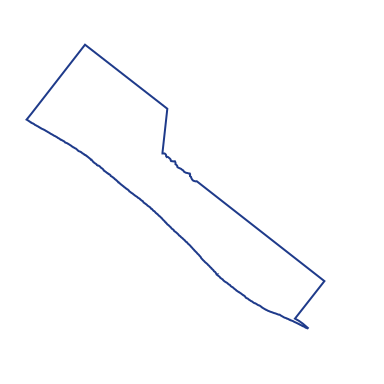 Monte Hermoso, Buenos Aires, Argentina (Albers equal-area conic projection), rotated 38°
{"feature_id": "61730980B48665369642836", "entity_name": "Monte Hermoso", "entity_type": "district", "adm_level": 2, "iso_a3": "ARG", "parent_name": "Argentina", "parent_adm1": "Buenos Aires", "projection": "albers", "projection_center": [-61.254, -38.957], "detail": "fine", "context": "isolated", "style": "outline", "palette": "blue", "viewbox_px": 384, "rotation_deg": 38, "n_neighbors": 0, "source": "geoboundaries", "source_scale": "gbopen_adm2", "svg_char_len": 5951}
<svg xmlns="http://www.w3.org/2000/svg" viewBox="0 0 384 384"><g transform="rotate(38 192 192)"><path d="M17.0,141.8L17.2,228.9L17.1,236.8L17.7,236.7L18.0,236.6L18.8,236.6L19.4,236.5L20.7,236.5L20.9,236.4L22.5,236.4L22.7,236.2L23.1,236.3L23.9,236.1L24.3,235.9L24.9,235.9L26.0,235.7L26.8,235.8L27.4,235.7L28.6,235.4L29.0,235.4L29.8,235.3L30.3,235.1L31.5,235.1L31.9,234.9L32.4,235.0L32.6,234.9L33.6,234.7L34.0,234.8L36.3,234.2L36.6,234.2L37.1,234.0L38.2,233.9L38.4,233.8L39.0,233.8L41.0,233.5L41.5,233.5L42.2,233.3L43.8,233.2L44.2,233.1L45.0,233.1L45.6,232.9L46.4,232.8L47.0,232.7L49.0,232.5L49.6,232.3L49.9,232.2L51.0,232.1L52.0,231.9L52.9,232.0L53.8,231.7L54.4,231.7L55.5,231.6L56.3,231.7L56.6,231.4L56.8,231.4L57.8,231.2L58.2,231.2L58.4,231.1L59.6,231.0L60.1,230.8L60.9,230.9L61.5,231.1L62.2,230.9L62.6,230.7L63.2,230.6L63.7,230.4L63.9,230.3L64.5,230.4L65.0,230.2L65.7,230.2L66.3,230.1L67.0,230.1L67.4,230.0L68.1,230.0L68.4,229.9L69.6,230.0L70.1,229.9L70.4,229.8L71.0,229.9L71.8,229.6L72.6,229.6L73.8,229.3L74.4,229.3L75.1,229.4L75.8,229.4L77.3,229.6L78.3,229.3L79.2,229.0L79.9,229.0L80.2,228.8L81.2,228.9L81.9,229.0L82.9,228.7L83.8,228.7L84.4,228.9L84.7,228.8L85.1,228.5L86.0,228.5L86.2,228.4L86.6,228.6L86.8,228.6L87.1,228.4L87.7,228.5L88.3,228.4L88.6,228.5L90.9,228.5L92.3,228.7L92.6,228.5L92.8,228.7L93.0,228.5L94.6,228.8L95.3,229.1L96.1,229.0L97.0,229.2L97.9,229.1L98.9,229.0L99.7,229.0L100.5,229.3L100.8,229.2L101.4,229.2L102.1,228.7L103.8,228.6L104.4,228.7L105.0,228.9L106.3,228.8L107.6,228.8L108.8,229.1L109.1,229.3L109.3,229.2L109.7,229.3L109.9,229.4L110.6,229.2L111.1,229.3L111.8,229.2L113.2,229.3L113.6,229.1L114.6,229.1L115.2,229.3L115.5,229.0L116.1,228.9L117.4,229.0L118.1,229.4L119.2,229.2L120.4,229.2L120.6,229.1L121.6,229.2L121.9,229.1L122.8,229.2L123.2,229.4L123.6,229.3L124.0,229.3L124.3,229.2L125.3,229.4L125.7,229.3L126.1,229.4L127.5,229.5L127.9,229.8L128.0,229.8L128.2,229.6L128.3,229.5L128.9,229.7L129.9,229.6L130.8,229.8L131.1,229.7L131.4,229.7L131.8,229.8L132.8,229.7L133.4,229.8L133.7,229.7L134.2,229.8L134.8,229.7L135.8,229.9L136.7,229.7L137.7,229.9L138.3,229.7L139.1,229.8L139.7,229.6L140.1,229.7L141.2,229.7L142.3,230.1L143.3,229.9L144.3,230.0L145.2,230.0L145.7,229.8L146.6,229.8L147.1,229.9L148.0,229.9L148.3,229.8L149.4,229.9L150.1,229.8L150.4,229.8L151.2,229.7L151.7,229.7L151.9,229.6L152.4,229.7L153.1,229.8L153.9,229.6L155.0,229.5L155.6,229.7L156.0,229.6L156.5,229.7L158.1,229.7L158.5,229.5L159.4,229.7L160.3,230.1L160.7,230.0L161.9,230.0L162.4,229.9L162.9,230.0L163.1,229.9L164.3,229.9L165.3,230.1L167.7,229.9L168.9,229.9L169.7,230.3L170.4,230.3L170.6,230.1L171.3,230.1L172.7,230.5L173.5,230.5L174.2,230.3L175.2,230.5L175.6,230.6L176.4,230.7L176.7,230.8L177.3,230.7L177.9,230.8L178.1,230.7L178.6,230.7L180.0,231.0L180.7,231.0L181.2,231.1L181.5,231.0L182.0,231.0L183.1,231.2L184.7,231.3L185.2,231.5L186.3,231.7L187.4,231.8L188.5,231.9L189.2,232.2L190.1,232.1L190.4,232.3L190.9,232.3L191.0,232.4L191.5,232.4L192.5,232.7L193.1,232.7L193.3,232.6L194.0,232.6L195.4,232.8L196.9,232.9L198.6,233.3L199.2,233.3L200.0,233.2L200.8,233.2L201.9,233.7L204.3,233.6L207.1,233.8L207.6,233.9L208.1,234.1L208.8,234.2L209.3,234.1L210.2,234.1L211.0,234.3L212.2,234.3L213.3,234.3L214.2,234.5L215.8,234.5L217.6,234.9L218.2,234.9L218.7,234.7L220.7,235.2L222.0,235.2L222.7,235.3L223.8,235.4L224.9,235.7L226.0,235.8L227.9,236.2L228.9,236.3L229.6,236.4L229.9,236.6L230.8,236.6L231.7,236.8L232.6,236.8L234.2,237.2L236.0,237.3L237.0,237.6L238.0,237.7L239.2,238.0L239.4,238.2L240.0,238.4L242.8,238.9L244.3,239.0L245.1,239.2L248.1,239.3L249.0,239.4L249.6,239.6L250.8,239.6L252.7,240.0L253.7,240.0L254.3,240.1L254.5,240.3L255.2,240.3L257.2,240.5L258.0,240.9L259.6,240.8L260.3,241.0L260.9,241.3L261.9,241.5L262.3,241.8L262.4,241.7L262.4,241.8L262.8,241.8L263.6,241.8L264.4,241.9L264.8,241.9L265.4,241.8L266.0,241.8L266.6,242.1L267.4,242.2L267.7,242.2L268.0,242.1L269.2,242.1L270.1,242.0L270.9,242.3L272.7,242.4L274.6,242.2L274.8,242.1L276.1,242.0L276.4,242.1L277.8,242.2L279.0,241.9L280.5,242.3L281.9,242.2L282.6,242.0L285.2,242.2L286.8,242.1L287.4,242.3L287.9,242.3L288.3,242.2L290.6,242.1L290.8,241.9L292.1,241.9L292.6,241.8L295.4,241.8L295.6,241.7L296.1,241.8L296.7,241.7L297.1,241.5L297.6,241.6L298.0,241.7L298.6,241.8L299.2,242.1L300.1,242.1L300.6,242.0L301.2,241.7L302.6,241.7L303.3,241.8L304.5,241.6L305.6,241.6L306.5,241.3L308.7,241.3L309.8,241.1L310.0,240.9L310.7,240.7L313.8,240.4L314.4,240.2L315.0,239.9L316.3,239.8L317.9,239.8L318.0,239.9L318.5,239.8L319.8,239.7L320.3,239.6L321.6,239.5L322.4,239.2L323.0,239.3L324.2,238.9L325.2,238.8L325.6,238.6L327.5,238.1L328.8,237.6L331.1,236.9L332.5,236.3L335.2,235.5L335.8,235.3L335.9,235.2L336.6,234.7L337.9,234.7L339.0,234.5L340.1,234.4L340.4,234.3L341.5,234.2L342.7,233.9L343.5,233.5L344.6,233.4L345.0,233.1L345.4,233.1L346.1,232.8L346.4,232.8L346.6,232.8L346.9,232.7L347.4,232.7L347.6,232.5L347.8,232.6L348.4,232.4L348.7,232.4L349.0,232.2L351.3,231.5L352.5,231.4L353.2,231.2L353.7,231.1L353.9,231.0L355.5,230.7L356.0,230.5L356.4,230.5L356.5,230.4L356.8,230.4L357.6,230.3L357.9,230.1L358.8,230.1L359.8,229.8L361.4,229.6L362.0,229.4L362.4,229.4L362.9,229.1L363.8,229.0L364.5,229.0L365.0,228.9L365.2,228.7L365.5,228.8L366.0,228.5L366.5,228.5L367.0,228.3L367.0,227.8L360.5,227.5L355.6,227.7L351.1,228.4L351.2,180.7L189.1,180.6L188.5,181.3L187.4,181.8L186.1,182.3L184.4,182.1L182.7,181.3L181.9,180.7L180.6,180.7L179.5,179.1L178.8,178.8L178.0,179.5L177.3,179.6L175.5,180.5L174.9,180.7L173.0,180.9L171.9,180.4L170.1,180.6L169.5,180.5L168.7,180.6L167.6,180.9L167.1,181.0L166.5,181.2L165.7,181.3L165.1,181.3L164.2,180.5L163.7,180.4L162.9,180.2L161.9,180.3L161.1,179.2L159.7,178.3L159.1,178.7L158.5,179.4L158.1,179.6L157.6,179.8L157.0,180.2L156.5,180.5L155.9,180.3L155.2,179.6L154.6,179.4L154.0,179.3L151.7,179.2L150.8,179.5L150.6,180.0L149.7,179.8L148.8,178.9L148.3,178.6L147.5,178.5L146.7,178.5L145.0,179.8L144.6,179.3L121.3,141.6L17.0,141.8Z" fill="none" stroke="#1e3a8a" stroke-width="2"/></g></svg>